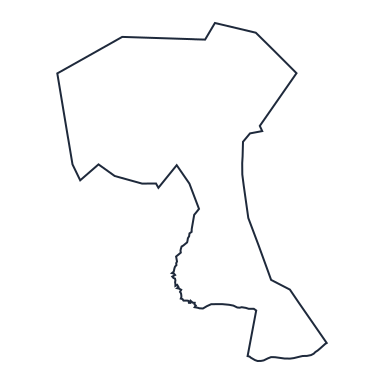 the district of Coronel José Dias, Piauí, Brazil
{"feature_id": "56859067B76056994493653", "entity_name": "Coronel José Dias", "entity_type": "district", "adm_level": 2, "iso_a3": "BRA", "parent_name": "Brazil", "parent_adm1": "Piauí", "projection": "albers", "projection_center": [-42.3, -8.961], "detail": "fine", "context": "isolated", "style": "outline", "palette": "slate", "viewbox_px": 384, "rotation_deg": 0, "n_neighbors": 0, "source": "geoboundaries", "source_scale": "gbopen_adm2", "svg_char_len": 1728}
<svg xmlns="http://www.w3.org/2000/svg" viewBox="0 0 384 384"><path d="M255.8,32.7L214.9,23.0L205.1,39.6L194.8,39.3L193.1,39.2L190.1,39.1L171.7,38.5L122.2,36.9L102.5,48.0L57.3,73.4L67.9,137.1L68.3,139.3L72.5,164.4L80.2,180.3L98.5,164.4L114.7,176.0L142.1,183.6L156.0,183.5L158.4,187.8L176.7,165.2L189.4,183.6L192.4,191.5L199.0,208.9L195.9,212.8L194.2,214.8L191.7,229.1L191.6,231.9L189.5,233.4L189.1,236.3L187.9,238.2L187.5,240.8L187.1,242.4L183.2,245.6L181.6,246.5L180.8,249.1L180.5,250.7L180.8,252.6L179.3,253.9L176.1,256.5L177.0,261.5L176.2,263.2L176.4,265.2L175.1,266.5L174.5,268.1L173.7,271.7L172.0,273.1L173.9,273.6L175.1,275.0L172.3,276.6L173.5,278.0L175.0,278.6L175.4,280.3L175.1,282.3L175.4,284.0L175.4,285.9L177.2,284.9L178.5,287.1L177.2,288.2L179.0,288.6L181.2,289.8L180.0,291.9L181.0,293.3L181.3,295.2L181.4,297.1L180.8,298.6L182.5,299.1L183.5,300.6L187.2,300.6L188.6,300.9L188.9,302.8L190.4,302.9L190.7,300.9L192.8,302.7L194.7,302.8L194.5,304.4L195.8,305.6L194.7,307.2L197.5,307.7L199.5,308.3L202.9,308.5L204.8,307.4L206.8,306.2L211.2,304.2L221.9,304.1L227.2,304.6L229.2,304.8L233.4,305.6L237.3,307.5L239.7,307.7L241.7,307.2L245.9,307.9L248.7,308.8L253.8,308.8L256.2,310.5L247.6,356.1L249.6,356.6L250.7,357.6L255.0,360.1L257.6,361.0L261.1,360.9L263.7,360.4L268.0,358.3L271.1,357.1L275.0,357.2L284.4,358.5L290.1,358.6L293.8,358.1L300.4,356.5L302.7,356.0L307.0,355.9L311.0,355.1L313.7,353.7L315.4,352.0L317.7,350.5L320.3,348.3L325.2,343.9L326.7,343.0L299.0,303.0L289.9,289.6L271.1,279.9L268.2,271.8L258.6,245.4L248.3,218.0L244.9,193.9L243.7,185.4L242.3,174.5L242.2,163.2L242.6,156.5L243.0,141.8L250.0,133.4L262.2,131.1L259.8,125.9L296.5,73.2L272.6,49.3L255.8,32.7Z" fill="none" stroke="#1e293b" stroke-width="2"/></svg>